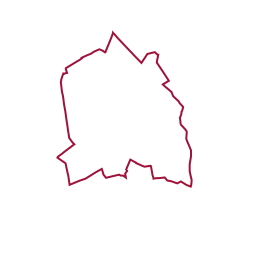 Stende, Talsi, Latvia (Albers equal-area conic projection), rotated 301°
{"feature_id": "27541924B78924471245845", "entity_name": "Stende", "entity_type": "district", "adm_level": 2, "iso_a3": "LVA", "parent_name": "Latvia", "parent_adm1": "Talsi", "projection": "albers", "projection_center": [22.538, 57.141], "detail": "fine", "context": "isolated", "style": "outline", "palette": "rose", "viewbox_px": 256, "rotation_deg": 301, "n_neighbors": 0, "source": "geoboundaries", "source_scale": "gbopen_adm2", "svg_char_len": 2378}
<svg xmlns="http://www.w3.org/2000/svg" viewBox="0 0 256 256"><g transform="rotate(301 128 128)"><path d="M174.4,164.5L174.9,163.1L175.9,159.4L176.9,158.0L178.5,150.4L181.3,146.7L182.7,138.0L183.3,135.4L189.5,138.7L193.5,130.5L193.7,130.1L193.8,129.9L197.7,121.6L198.9,119.0L200.5,118.3L206.4,116.2L206.1,115.2L206.8,111.9L201.5,106.5L190.8,106.0L190.7,106.0L194.0,93.5L194.5,92.3L194.5,92.1L194.7,91.1L197.4,81.5L200.0,72.1L201.0,69.4L201.7,66.7L201.9,66.1L201.7,66.2L197.2,67.1L189.6,68.3L188.8,68.5L188.6,68.4L181.2,69.6L181.0,69.3L181.2,66.5L180.7,62.9L175.7,59.4L172.6,58.0L169.3,55.5L165.2,52.7L164.7,52.4L164.3,52.1L164.0,52.6L162.1,51.8L157.1,49.1L147.4,44.0L147.1,44.0L146.5,44.3L143.8,47.4L143.6,47.2L143.2,46.7L142.9,46.3L142.7,46.1L142.4,45.9L142.1,45.7L141.7,45.4L141.2,45.2L140.7,45.0L140.9,44.8L141.0,44.6L140.3,44.7L137.6,45.3L134.9,45.9L134.0,46.5L132.8,46.7L130.7,48.4L126.6,51.5L124.9,53.0L124.5,53.2L123.0,54.8L121.6,56.0L120.1,57.3L118.4,58.6L116.7,59.9L115.7,60.7L115.0,61.3L113.4,62.7L111.8,64.1L110.2,65.5L108.6,66.8L107.9,67.4L106.2,68.7L104.6,70.0L102.9,71.4L101.3,72.7L99.7,74.1L98.0,75.5L96.3,76.8L94.6,78.2L93.0,79.6L91.4,80.9L89.3,82.6L89.0,83.3L88.0,85.5L87.2,87.5L87.0,88.0L86.4,90.4L75.8,86.1L71.7,84.6L67.2,82.7L66.2,82.8L65.6,92.6L64.4,93.8L62.8,95.2L57.7,100.0L56.8,101.0L49.2,107.2L58.1,113.8L61.5,116.7L61.8,116.9L62.7,117.7L73.3,123.1L79.4,126.6L78.6,127.6L75.4,131.0L74.0,134.8L83.4,144.4L83.5,146.3L84.7,148.4L84.4,151.7L87.4,149.1L90.7,149.4L91.5,147.8L101.3,146.4L102.1,146.3L102.4,153.2L102.1,153.3L102.2,153.7L102.6,156.8L102.6,157.3L103.2,161.4L103.3,162.0L103.6,162.3L104.0,162.9L106.5,165.9L106.9,166.4L107.1,166.6L107.2,166.8L107.2,167.0L107.1,167.3L101.9,171.9L100.7,172.8L99.9,173.7L98.0,175.9L97.8,176.0L98.0,176.2L100.0,178.7L100.1,179.0L101.6,181.2L103.2,183.3L104.5,184.9L103.2,188.7L104.7,192.7L105.9,198.7L109.4,200.9L109.3,207.5L109.9,210.9L109.9,211.3L110.0,211.8L110.1,212.0L112.0,211.4L115.4,209.8L116.7,208.9L117.4,208.2L117.7,207.8L118.1,207.5L119.0,206.6L119.2,206.4L122.8,203.1L127.4,200.3L128.6,199.6L136.4,196.5L141.3,193.5L143.6,190.4L143.9,190.0L147.8,184.6L148.8,183.5L154.5,180.6L155.2,180.1L155.6,179.5L156.6,177.0L156.7,176.6L158.2,171.2L158.2,171.3L160.5,169.6L163.4,167.4L163.6,167.2L166.5,166.8L168.4,166.1L169.5,165.5L170.6,165.6L174.4,164.5Z" fill="none" stroke="#9f1239" stroke-width="2"/></g></svg>